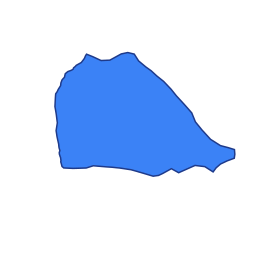 Kabbia, Mayo-Kebbi Est, Chad, rotated 56°
{"feature_id": "50815135B59741228858752", "entity_name": "Kabbia", "entity_type": "district", "adm_level": 2, "iso_a3": "TCD", "parent_name": "Chad", "parent_adm1": "Mayo-Kebbi Est", "projection": "orthographic", "projection_center": [15.352, 9.53], "detail": "fine", "context": "isolated", "style": "filled", "palette": "blue", "viewbox_px": 256, "rotation_deg": 56, "n_neighbors": 0, "source": "geoboundaries", "source_scale": "gbopen_adm2", "svg_char_len": 1433}
<svg xmlns="http://www.w3.org/2000/svg" viewBox="0 0 256 256"><g transform="rotate(56 128 128)"><path d="M205.4,51.8L200.2,56.0L194.3,61.2L183.6,65.9L170.8,67.8L160.6,68.7L151.1,66.7L139.6,68.2L128.5,69.9L120.0,70.6L109.3,72.4L101.0,75.0L93.5,76.8L87.3,79.1L78.3,81.7L70.2,81.5L65.3,86.0L62.8,92.2L61.6,105.1L57.0,112.6L49.2,117.3L43.6,121.1L44.4,122.9L45.9,125.2L46.6,127.1L47.6,130.1L47.3,133.6L47.1,135.8L47.5,137.3L47.6,138.4L47.7,139.5L48.5,140.4L48.5,141.6L48.5,142.6L48.2,143.7L48.0,144.7L47.6,146.1L47.7,147.9L47.9,149.3L47.9,149.6L48.6,150.4L50.4,152.3L50.6,153.1L50.7,153.8L50.9,154.5L51.3,155.9L53.1,158.4L55.2,160.2L57.1,164.5L57.6,165.2L58.2,166.3L58.5,166.9L59.2,168.8L60.4,169.8L62.6,171.5L69.4,176.6L75.0,179.1L76.9,180.0L83.4,183.3L84.1,183.6L90.0,189.1L92.8,190.4L95.5,191.7L98.5,192.9L102.6,194.5L104.4,195.5L105.8,196.2L108.6,197.1L110.0,198.8L111.5,199.6L112.4,199.8L112.7,199.9L113.2,200.1L114.6,200.4L115.3,200.7L116.9,201.5L117.2,201.6L118.5,202.7L120.4,203.3L122.9,204.2L123.1,204.2L125.2,203.6L130.8,196.1L137.8,185.0L139.9,177.9L148.5,167.2L151.5,163.3L154.7,159.5L156.5,157.3L163.5,149.7L164.2,148.9L168.2,145.5L169.5,144.4L170.3,143.8L171.3,142.9L182.0,134.1L184.4,129.2L184.5,128.5L185.1,124.7L186.0,114.8L193.4,111.0L196.1,95.7L196.4,94.2L196.5,93.4L203.0,85.9L212.0,82.0L210.3,77.2L209.6,71.4L210.7,64.2L212.5,56.8L209.5,54.1L205.4,51.8Z" fill="#3b82f6" stroke="#1e3a8a" stroke-width="1.5"/></g></svg>